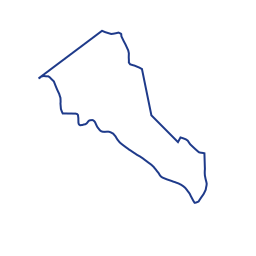 Gentil, Laborie, Saint Lucia, rotated 332°
{"feature_id": "8701671B78073152626196", "entity_name": "Gentil", "entity_type": "district", "adm_level": 2, "iso_a3": "LCA", "parent_name": "Saint Lucia", "parent_adm1": "Laborie", "projection": "natural_earth1", "projection_center": [-60.989, 13.767], "detail": "fine", "context": "isolated", "style": "outline", "palette": "blue", "viewbox_px": 256, "rotation_deg": 332, "n_neighbors": 0, "source": "geoboundaries", "source_scale": "gbopen_adm2", "svg_char_len": 3001}
<svg xmlns="http://www.w3.org/2000/svg" viewBox="0 0 256 256"><g transform="rotate(332 128 128)"><path d="M150.7,30.0L72.4,42.2L72.9,42.3L74.0,42.2L75.6,41.8L76.8,42.2L78.0,42.5L79.8,43.8L81.9,45.0L82.7,46.5L83.2,48.3L83.8,50.2L84.2,51.4L84.4,52.1L83.9,56.4L83.5,60.5L83.3,64.1L83.3,65.3L82.8,67.9L82.5,69.7L81.7,71.4L80.7,73.4L79.9,74.6L78.6,77.6L77.7,79.7L77.3,82.4L77.2,84.5L88.5,90.7L89.4,91.6L89.6,91.8L89.8,92.4L89.9,93.1L89.6,93.9L89.2,94.9L88.9,95.7L88.7,96.2L88.2,97.1L87.8,97.9L87.3,98.9L87.0,99.5L86.7,100.1L86.5,100.9L86.4,101.4L86.5,102.1L86.9,102.9L87.2,103.2L87.9,103.4L88.6,103.7L89.4,104.0L90.4,104.1L91.1,104.3L91.7,104.6L92.4,104.6L93.3,104.6L94.0,104.4L94.9,104.0L95.8,103.6L96.5,103.3L97.5,103.2L98.4,103.5L98.8,103.6L99.4,103.9L100.2,104.2L100.8,104.8L101.1,105.4L101.5,106.4L101.6,107.1L101.6,108.2L101.5,109.4L101.5,109.9L101.4,110.9L101.4,111.8L101.4,112.8L101.5,113.5L101.8,115.1L101.9,115.7L102.0,116.3L102.3,117.3L102.5,117.7L102.9,118.4L103.9,119.4L104.7,119.9L105.7,120.5L106.4,120.8L108.0,121.5L109.2,122.2L109.9,122.8L110.5,123.5L111.0,124.1L111.3,124.6L111.7,125.2L112.1,125.7L112.3,126.4L112.5,126.9L112.6,127.7L112.8,128.4L113.0,129.3L113.1,130.5L113.1,131.4L113.2,132.7L113.3,133.8L113.5,134.4L113.6,135.3L113.8,136.2L114.1,137.3L114.7,138.8L115.5,140.6L116.3,142.3L117.3,144.4L117.8,145.4L118.4,146.6L118.9,147.8L119.5,148.7L120.1,149.8L120.7,151.0L121.0,151.5L121.5,152.5L121.9,153.2L122.2,153.7L122.6,154.5L123.5,156.2L124.2,157.2L124.7,158.0L125.2,158.7L125.7,159.7L126.1,160.4L126.8,161.7L127.3,162.8L127.6,163.5L128.4,165.2L128.7,165.8L129.1,166.7L129.2,166.9L130.0,168.6L131.0,170.6L131.3,171.3L131.7,172.3L131.9,173.0L132.1,173.6L132.4,174.3L132.5,175.2L132.7,176.1L132.9,177.1L133.1,177.9L133.2,178.8L133.4,180.0L133.6,180.9L133.9,182.5L133.9,183.8L134.0,184.9L134.3,186.2L134.8,187.3L135.3,188.1L136.2,189.2L138.3,191.7L141.8,195.4L142.6,196.4L143.3,197.1L144.3,198.1L145.0,199.0L145.5,199.5L146.5,200.6L147.0,201.3L147.6,202.2L148.0,202.7L148.5,203.5L148.9,204.3L149.6,205.6L149.8,206.2L150.2,207.1L150.5,208.1L150.8,209.7L151.0,210.8L151.1,211.8L151.2,212.4L151.4,213.3L151.6,214.9L151.6,215.9L151.5,217.0L151.5,218.4L151.5,220.8L151.5,222.8L151.6,224.2L151.7,225.3L152.4,225.6L153.2,225.8L153.7,225.8L154.7,226.0L155.9,226.0L157.4,225.1L160.0,223.7L163.6,221.9L165.6,220.5L167.6,219.0L169.1,217.1L170.2,215.8L171.3,214.2L171.8,212.6L172.6,209.3L173.6,206.0L174.6,203.8L175.7,201.8L176.1,201.2L176.7,200.2L183.6,186.2L182.3,185.1L180.3,183.7L179.3,182.8L178.7,181.4L177.4,177.9L176.2,174.4L175.3,171.7L175.1,170.3L174.8,167.2L173.7,165.1L171.7,162.8L169.9,161.0L165.5,163.9L154.6,127.8L168.0,82.5L167.2,81.3L166.5,80.2L165.8,79.3L165.2,78.6L163.0,75.9L162.0,75.0L159.8,72.8L159.5,70.6L160.6,68.6L161.8,66.0L162.6,64.6L163.8,62.5L164.6,59.7L164.7,58.9L164.7,58.2L165.0,53.2L165.0,49.0L165.1,46.8L165.2,44.0L166.1,41.9L166.0,41.4L164.4,39.3L162.0,38.7L159.4,37.9L157.3,37.1L152.8,32.6L150.7,30.0Z" fill="none" stroke="#1e3a8a" stroke-width="2"/></g></svg>